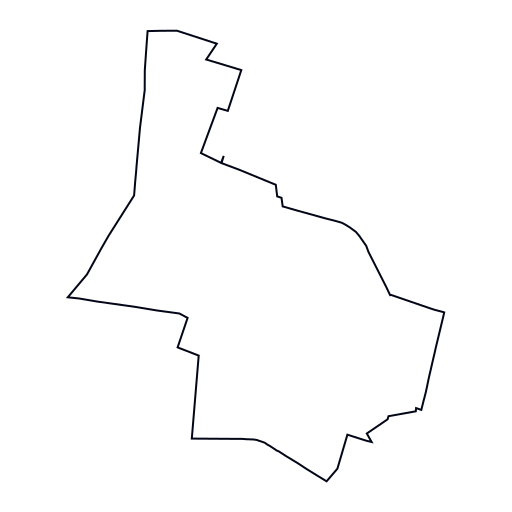 outline of San Antonino Castillo Velasco, Oaxaca, Mexico
{"feature_id": "50627088B75205486816607", "entity_name": "San Antonino Castillo Velasco", "entity_type": "district", "adm_level": 2, "iso_a3": "MEX", "parent_name": "Mexico", "parent_adm1": "Oaxaca", "projection": "albers", "projection_center": [-96.688, 16.817], "detail": "fine", "context": "isolated", "style": "outline", "palette": "ink", "viewbox_px": 512, "rotation_deg": 0, "n_neighbors": 0, "source": "geoboundaries", "source_scale": "gbopen_adm2", "svg_char_len": 1540}
<svg xmlns="http://www.w3.org/2000/svg" viewBox="0 0 512 512"><path d="M147.6,31.1L146.4,47.3L144.8,70.3L144.7,88.5L144.8,89.4L140.0,127.7L136.5,166.6L136.4,167.8L136.2,170.9L135.2,181.6L134.1,195.5L108.5,235.9L101.1,248.8L87.0,274.4L67.8,297.3L79.2,298.5L97.5,301.6L134.8,306.8L157.1,310.5L179.4,313.5L187.6,317.9L177.6,347.4L198.7,355.6L191.8,438.6L223.7,438.8L242.3,438.9L246.1,439.2L249.0,439.3L253.6,439.5L257.1,440.0L257.6,440.3L261.6,441.6L264.7,442.7L267.7,444.8L269.8,445.9L271.0,446.7L272.5,447.7L277.0,450.7L278.5,451.2L282.7,453.9L286.5,456.4L287.4,456.9L294.3,461.1L297.3,462.9L301.6,465.7L303.1,466.7L306.9,469.2L316.9,475.4L326.6,481.3L337.4,468.7L347.4,434.7L366.3,440.7L371.6,442.0L366.8,433.5L369.6,431.6L375.6,427.5L384.1,421.7L387.6,419.3L388.5,416.2L415.8,411.3L416.1,408.1L421.3,409.9L423.6,400.7L423.7,400.3L424.3,398.1L425.9,391.9L427.1,386.2L428.5,379.4L429.5,374.9L429.9,373.3L433.0,359.8L433.8,356.4L433.9,355.9L434.1,355.2L435.2,350.4L435.3,349.7L443.6,315.2L444.2,312.4L443.4,312.1L434.6,309.8L430.6,308.5L423.7,306.1L423.3,306.0L423.0,305.9L391.0,294.9L390.7,295.0L390.3,295.0L390.1,295.1L386.2,286.9L368.5,252.0L366.2,245.8L359.2,235.8L355.9,231.9L352.8,229.6L349.5,227.2L347.5,226.0L346.2,225.1L342.1,222.9L340.3,222.3L335.0,220.8L325.1,218.3L297.3,210.6L282.7,206.4L281.5,197.8L277.2,196.4L275.8,184.8L238.6,169.5L221.5,163.1L223.7,155.9L221.1,162.9L200.9,153.1L217.6,107.9L227.8,110.9L241.3,70.1L206.2,59.5L216.8,43.7L176.9,30.7L160.7,30.8L147.6,31.1Z" fill="none" stroke="#020617" stroke-width="2"/></svg>